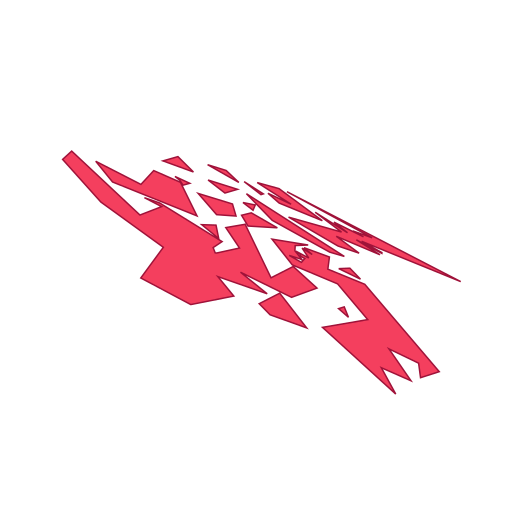 the border of Nunavut, rotated 28°
{"feature_id": "CAN-634", "entity_name": "Nunavut", "entity_type": "Territory", "adm_level": 1, "iso_a3": "CAN", "parent_name": "Canada", "parent_adm1": "", "projection": "equal_earth", "projection_center": [-85.605, 67.518], "detail": "medium", "context": "isolated", "style": "filled", "palette": "rose", "viewbox_px": 512, "rotation_deg": 28, "n_neighbors": 0, "source": "natural_earth", "source_scale": "10m", "svg_char_len": 1958}
<svg xmlns="http://www.w3.org/2000/svg" viewBox="0 0 512 512"><g transform="rotate(28 256 256)"><path d="M146.1,254.4L219.3,259.2L214.2,268.7L218.5,272.4L219.9,271.8L237.7,256.7L216.0,245.1L231.5,233.1L279.5,268.2L293.8,247.8L324.9,255.7L306.8,275.8L249.9,277.6L283.6,284.1L232.0,292.1L255.2,301.8L221.2,329.5L164.6,329.5L170.1,291.8L93.7,281.2L39.9,261.5L44.0,249.9L134.3,274.3L149.5,256.7L130.1,256.9L146.1,254.4ZM348.2,287.8L384.5,259.7L341.1,242.3L292.2,246.8L262.2,233.6L296.9,221.8L285.7,228.4L287.9,233.1L298.9,237.9L296.4,237.8L285.0,239.9L299.1,240.3L300.3,235.3L295.9,235.3L293.8,233.8L290.6,233.2L290.4,233.0L303.5,233.0L293.0,227.4L304.9,228.3L294.5,226.1L321.3,222.4L325.6,233.9L365.3,229.9L472.1,272.1L458.4,286.2L449.9,274.3L417.0,275.6L451.4,293.4L419.1,295.8L444.2,312.3L348.2,287.8ZM448.8,182.5L342.3,193.4L365.6,193.9L365.9,194.6L337.0,194.6L364.9,196.7L317.6,200.9L345.7,205.1L323.7,208.7L266.5,206.4L320.3,194.7L287.7,189.6L325.9,192.5L308.9,189.5L341.9,188.6L329.6,188.4L350.0,185.4L253.1,184.7L448.8,182.5ZM125.6,228.6L154.7,226.4L185.1,248.3L94.6,258.0L70.0,247.6L120.8,246.8L125.6,228.6ZM222.6,190.6L244.7,185.7L298.0,193.7L251.6,198.4L237.1,195.0L262.7,193.8L222.6,190.6ZM334.2,214.9L319.3,218.0L253.6,216.9L218.3,205.5L334.2,214.9ZM219.6,230.1L201.8,238.0L175.6,227.9L210.8,221.1L219.6,230.1ZM334.5,295.7L296.0,301.3L281.2,296.6L294.4,277.7L334.5,295.7ZM261.6,221.1L234.9,233.3L224.1,226.8L231.6,220.1L261.6,221.1ZM208.4,205.8L199.0,215.0L178.0,211.4L208.4,205.8ZM129.2,215.7L140.4,204.9L161.3,211.2L129.2,215.7ZM170.4,198.1L189.5,194.5L206.3,199.1L170.4,198.1ZM335.0,228.3L344.6,222.7L359.1,227.4L335.0,228.3ZM206.2,247.5L214.9,258.1L193.4,253.8L206.2,247.5ZM231.4,211.3L231.9,217.0L219.4,214.9L231.4,211.3ZM231.6,199.5L210.6,195.9L233.3,197.7L231.6,199.5ZM357.8,259.5L366.4,266.7L353.6,263.7L357.8,259.5ZM163.4,222.9L158.3,227.7L153.1,224.9L147.1,223.8L163.4,222.9Z" fill="#f43f5e" stroke="#9f1239" stroke-width="1.5"/></g></svg>